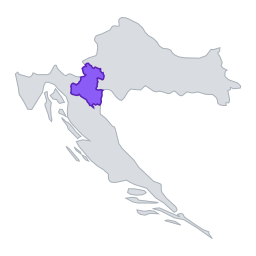 Croatia, with Karlovacka highlighted
{"feature_id": "HRV-1583", "entity_name": "Karlovacka", "entity_type": "County", "adm_level": 1, "iso_a3": "HRV", "parent_name": "Croatia", "parent_adm1": "", "projection": "orthographic", "projection_center": [15.498, 45.287], "detail": "fine", "context": "in_parent", "style": "filled", "palette": "violet", "viewbox_px": 256, "rotation_deg": 0, "n_neighbors": 0, "source": "natural_earth", "source_scale": "10m", "svg_char_len": 6290}
<svg xmlns="http://www.w3.org/2000/svg" viewBox="0 0 256 256"><path d="M17.7,72.1L19.1,74.3L29.1,77.2L31.3,76.1L32.6,74.3L32.7,73.2L33.5,72.9L37.0,74.6L47.9,74.6L50.1,73.3L54.3,65.8L55.6,65.1L56.5,65.5L57.1,67.7L58.6,69.8L64.1,75.0L66.1,75.6L68.1,74.2L70.2,73.8L76.2,76.6L81.2,77.1L84.9,75.7L83.1,71.6L82.8,69.6L83.1,67.8L85.6,66.0L85.5,65.2L82.4,62.0L82.6,61.2L89.3,57.7L95.8,55.7L96.8,54.2L97.7,47.6L97.3,44.0L94.7,40.7L94.5,39.1L95.2,37.3L96.2,35.7L101.8,33.9L109.9,30.0L112.3,26.4L113.8,25.8L118.4,26.3L119.3,25.4L118.7,20.2L119.5,18.9L121.8,17.4L125.8,17.9L129.1,19.2L137.9,23.6L142.6,27.8L145.3,32.4L148.8,35.9L153.3,38.4L156.8,41.8L159.5,46.1L163.2,48.5L167.9,48.9L170.9,50.3L172.2,52.8L174.7,54.9L178.6,56.8L184.6,57.8L199.6,58.2L206.2,55.6L210.9,49.4L213.1,49.7L219.9,47.7L219.6,51.3L217.7,53.0L219.9,56.6L222.2,62.6L221.2,65.7L222.6,67.9L227.0,70.1L225.8,70.8L224.9,72.9L225.0,76.5L228.5,79.7L237.7,83.0L240.5,85.9L240.6,87.2L240.2,88.1L233.2,88.7L230.5,87.3L230.3,89.7L227.8,90.6L229.6,99.5L229.2,102.0L228.3,102.9L226.3,102.6L225.8,103.4L226.3,105.3L223.8,105.6L219.7,104.8L217.8,103.2L217.3,99.8L215.9,97.2L212.6,94.5L205.9,94.3L198.0,92.0L192.3,93.0L186.9,91.9L182.3,95.6L180.0,95.6L175.1,91.4L173.7,91.1L169.7,93.5L168.0,93.6L161.1,91.4L158.6,91.1L156.7,91.9L153.4,91.1L145.4,85.6L140.6,90.0L130.6,89.1L127.7,92.1L124.3,97.8L121.6,100.5L119.2,99.6L116.3,97.1L111.3,90.7L108.8,89.6L105.9,89.4L103.4,90.1L102.1,91.4L100.2,108.9L100.2,113.9L105.8,118.4L112.4,126.2L114.5,127.1L115.5,129.7L118.9,143.7L122.3,148.6L133.8,160.0L138.8,167.3L153.6,181.3L160.1,183.7L161.2,185.0L161.3,190.5L162.1,192.6L166.5,198.3L175.6,206.6L176.7,208.5L177.0,209.9L176.4,211.1L174.2,212.3L163.8,202.9L155.7,197.9L146.6,188.2L134.5,184.5L126.3,180.2L116.0,182.4L112.6,182.4L110.2,181.7L108.5,179.0L108.4,174.2L103.7,169.9L97.2,165.8L91.0,160.5L78.8,146.2L76.3,141.6L82.6,139.8L89.9,140.8L82.1,134.7L70.9,122.7L67.6,117.0L67.3,110.9L68.2,102.6L66.2,96.6L57.8,88.8L54.7,84.7L48.4,82.2L45.6,82.4L43.9,85.4L42.5,92.1L31.8,109.5L27.8,109.3L23.4,100.9L19.2,94.4L18.3,87.7L15.4,74.0L17.7,72.1ZM208.8,231.8L208.9,233.8L212.3,238.6L197.6,228.2L183.9,219.7L174.3,217.8L161.1,211.0L152.6,208.6L159.5,207.9L179.8,216.9L177.5,214.4L180.4,213.4L182.8,214.0L184.5,217.1L196.0,225.1L203.4,229.8L208.8,231.8ZM51.9,119.4L51.5,121.5L49.2,118.8L48.1,114.0L45.2,106.2L44.9,104.0L46.5,101.9L46.4,99.7L44.4,92.9L46.2,91.8L47.2,91.7L47.6,96.4L48.5,99.1L51.3,102.5L50.6,108.0L51.1,115.8L51.9,119.4ZM64.5,102.3L59.7,103.4L57.5,101.3L56.9,99.6L53.0,99.0L50.2,95.5L53.6,92.9L55.4,88.7L61.8,97.4L64.5,102.3ZM142.0,194.9L135.8,195.1L130.3,194.2L127.6,192.5L128.6,188.7L134.6,188.9L143.9,190.5L146.2,192.4L145.5,193.3L142.0,194.9ZM158.4,202.5L155.6,203.1L137.9,203.0L132.8,201.9L125.8,198.2L131.6,197.3L136.9,198.0L138.6,200.1L158.4,202.5ZM78.9,137.3L77.9,138.7L68.2,129.0L67.2,125.8L62.4,119.3L61.7,117.5L66.1,121.8L67.7,122.2L71.9,126.4L76.0,131.8L80.9,136.5L78.9,137.3ZM136.9,209.9L144.3,211.3L149.6,210.5L154.5,211.3L158.4,213.8L150.0,213.4L144.9,215.2L140.5,214.4L138.7,213.3L137.5,211.9L136.9,209.9ZM78.8,159.8L79.3,161.1L76.8,160.6L67.3,148.7L66.2,146.3L69.6,149.1L78.8,159.8ZM62.3,109.5L66.2,116.6L62.5,114.4L59.3,113.5L58.6,111.9L59.8,109.2L62.3,109.5ZM175.3,221.5L180.8,225.1L164.7,220.6L168.2,219.9L175.3,221.5ZM86.0,157.0L88.6,161.1L86.1,160.2L83.5,157.7L82.0,155.0L86.0,157.0ZM80.5,152.2L81.1,154.1L76.3,150.5L74.1,147.0L80.5,152.2Z" fill="#d9dde1" stroke="#a8b0b8" stroke-width="1"/><path d="M102.7,90.4L102.3,90.8L101.8,92.0L101.8,92.4L102.0,95.6L101.8,96.5L100.9,98.8L100.9,99.8L101.3,101.5L101.2,102.4L100.3,104.1L100.1,104.7L99.7,105.0L99.2,105.0L99.0,104.8L98.9,104.8L98.3,104.6L97.4,104.0L97.2,104.0L96.4,104.6L96.1,104.8L95.6,105.0L95.3,105.0L94.5,104.2L93.6,103.9L93.3,103.8L93.1,103.9L92.7,104.5L92.4,104.8L92.3,105.1L92.4,105.3L92.5,105.6L93.5,107.0L93.6,107.7L92.1,106.5L91.9,106.2L91.7,105.8L91.5,105.6L91.2,105.5L90.8,105.4L90.2,105.5L89.8,105.4L89.7,105.3L89.5,104.9L89.3,104.6L89.0,103.6L88.9,103.4L88.7,103.2L88.0,102.6L87.5,102.1L87.3,101.8L86.6,100.0L86.4,99.8L86.3,99.7L81.1,96.5L80.9,96.3L80.7,96.1L80.5,95.8L80.3,95.6L80.0,95.3L79.8,95.0L79.6,94.8L79.5,94.5L79.3,94.3L79.2,94.2L78.9,94.4L77.9,95.3L76.7,95.4L72.1,94.3L70.7,92.9L70.7,92.7L70.8,92.4L70.9,92.2L71.1,92.1L71.1,91.8L71.2,89.0L71.3,87.9L71.3,87.7L71.1,87.4L71.0,87.0L70.8,86.5L70.8,86.2L71.0,85.9L71.1,85.7L71.2,85.2L71.5,84.5L71.7,84.1L73.0,83.2L73.4,83.2L73.7,83.5L74.2,83.8L75.3,84.1L75.7,84.4L75.9,84.6L76.0,84.8L76.4,85.1L76.5,85.1L77.1,84.3L77.2,84.1L77.3,83.9L78.6,83.4L78.8,83.2L78.9,82.9L78.9,82.5L78.9,82.3L79.0,82.1L79.2,81.9L80.0,81.2L80.4,80.7L80.7,79.6L80.8,79.1L80.9,78.8L80.9,78.6L80.9,78.3L80.8,77.9L80.7,77.5L80.6,77.3L82.7,76.6L83.9,76.6L84.4,76.5L84.7,76.2L85.4,75.2L85.8,74.9L83.8,73.6L83.3,72.6L83.0,71.5L82.8,70.1L82.7,70.0L82.5,69.4L82.3,68.8L82.2,68.4L82.7,68.1L83.0,67.9L83.1,67.5L83.3,67.1L84.4,66.7L84.9,66.4L85.5,66.3L86.2,66.3L86.0,65.8L85.4,64.8L85.3,64.7L85.9,64.3L86.6,63.5L88.0,63.3L88.4,63.3L88.6,63.5L88.8,63.7L89.1,64.2L89.6,64.8L90.1,65.1L91.3,65.7L91.5,65.9L91.6,66.0L91.5,66.4L91.5,66.5L92.2,67.4L93.2,68.2L93.6,68.4L93.9,68.3L94.3,67.7L94.6,67.3L94.9,67.2L95.3,67.1L95.6,67.2L95.9,67.3L97.3,68.2L98.3,68.4L98.7,68.5L99.0,68.7L99.5,69.0L99.9,69.1L100.0,69.0L100.3,68.6L100.5,68.7L100.7,69.7L100.6,70.0L100.3,70.5L100.2,70.7L100.2,70.9L100.8,71.4L101.0,71.7L101.7,72.7L101.9,72.8L102.1,72.8L102.5,72.7L103.0,72.6L103.5,74.7L103.7,75.0L103.9,75.4L104.1,75.7L104.1,76.0L104.0,76.3L103.9,76.5L103.8,76.9L103.9,77.3L103.8,77.6L103.5,78.4L103.4,78.9L103.3,79.2L103.1,79.4L102.3,79.7L102.0,79.7L101.8,79.6L101.6,79.5L101.2,79.2L100.9,78.9L100.6,78.7L100.3,78.7L99.9,78.8L99.7,78.7L99.5,78.3L99.3,78.2L98.8,78.2L97.8,78.0L97.3,78.1L97.1,78.3L97.0,78.5L97.5,79.0L97.6,79.4L97.4,80.3L97.4,80.6L97.4,80.8L97.5,81.0L97.7,81.3L97.8,81.6L98.0,81.9L98.0,82.0L97.9,82.1L97.3,82.6L97.2,82.9L97.3,83.1L97.3,83.4L97.4,83.7L97.4,84.0L97.3,84.4L97.3,84.7L97.1,85.3L97.0,85.6L97.1,85.9L97.1,86.1L97.2,86.3L97.2,86.5L96.7,87.1L96.5,87.5L96.3,87.9L96.1,88.1L96.1,88.3L96.1,88.5L96.1,88.8L96.2,89.3L96.3,89.5L98.9,90.2L99.0,90.2L99.3,89.9L99.6,89.8L100.1,89.8L100.4,89.8L100.5,89.9L101.0,89.7L101.3,89.8L101.5,89.9L101.8,89.9L102.0,89.9L102.6,90.4L102.7,90.4Z" fill="#8b5cf6" stroke="#5b21b6" stroke-width="1.5"/></svg>